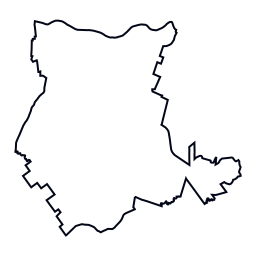 outline of Paulesti, Satu Mare, Romania
{"feature_id": "2599482B77186768988963", "entity_name": "Paulesti", "entity_type": "district", "adm_level": 2, "iso_a3": "ROU", "parent_name": "Romania", "parent_adm1": "Satu Mare", "projection": "orthographic", "projection_center": [22.964, 47.739], "detail": "fine", "context": "isolated", "style": "outline", "palette": "ink", "viewbox_px": 256, "rotation_deg": 0, "n_neighbors": 0, "source": "geoboundaries", "source_scale": "gbopen_adm2", "svg_char_len": 5720}
<svg xmlns="http://www.w3.org/2000/svg" viewBox="0 0 256 256"><path d="M176.2,29.8L175.3,29.4L174.3,28.1L173.6,26.6L172.2,22.6L171.9,22.1L171.4,21.9L170.9,21.9L169.9,22.0L168.7,22.6L168.1,23.0L166.7,24.0L166.0,24.9L164.9,25.9L162.9,27.4L162.1,27.9L159.2,29.2L158.2,29.6L156.7,30.2L155.8,30.3L153.1,29.9L152.3,29.8L150.8,29.3L149.3,28.2L148.7,27.6L148.3,26.9L147.2,25.8L146.4,25.2L145.5,24.8L144.6,24.7L142.8,24.6L142.2,24.4L141.1,24.5L139.0,24.8L133.8,26.2L132.7,26.6L132.0,27.0L131.1,27.6L127.1,31.8L122.8,35.5L120.5,36.3L117.8,37.0L117.3,37.3L114.4,37.7L112.7,37.4L110.8,37.5L109.8,37.4L108.5,37.0L107.4,36.5L105.8,35.9L102.7,33.8L100.5,32.7L99.3,32.3L93.6,30.7L89.4,30.1L85.7,30.1L77.6,29.8L76.3,29.4L75.0,28.9L69.6,25.8L68.5,25.2L67.7,25.0L67.3,24.6L64.4,22.6L62.7,21.6L61.4,21.2L58.5,20.7L57.3,20.6L55.5,20.7L54.6,21.0L52.5,21.9L50.9,22.7L49.3,23.7L48.4,24.2L47.5,24.4L46.3,24.3L44.9,23.9L42.8,23.0L34.9,21.2L34.5,24.9L34.6,25.5L34.8,26.2L35.9,36.4L34.7,36.6L34.8,38.8L32.8,38.9L32.7,40.5L31.8,40.5L31.6,49.6L31.4,53.2L31.3,54.3L31.3,56.1L32.4,56.2L31.3,59.3L33.0,61.8L36.7,60.3L37.0,61.1L37.4,63.8L38.4,72.0L39.2,72.0L40.3,71.5L40.3,75.8L42.8,75.7L43.3,75.9L46.3,78.0L45.7,81.0L44.4,87.7L44.3,89.7L44.4,90.6L44.3,91.0L43.8,92.2L43.6,92.6L41.6,94.2L39.5,96.1L36.8,99.8L35.9,100.8L34.8,102.2L34.3,103.7L34.2,104.4L34.0,104.8L31.8,107.4L31.2,109.3L30.9,110.8L29.1,115.3L28.7,116.6L27.7,118.6L26.7,120.5L25.1,122.5L24.2,124.1L23.3,125.6L19.7,134.3L18.5,136.9L16.9,140.5L16.1,142.7L15.8,149.1L15.4,151.9L15.7,152.0L17.0,151.3L17.3,151.4L17.6,151.7L17.8,152.0L17.4,152.8L17.4,153.3L17.7,153.5L18.2,153.7L18.7,153.7L19.3,153.4L20.1,153.2L20.3,153.3L20.5,154.4L20.7,154.7L21.2,155.2L21.6,155.4L21.9,155.5L22.5,155.1L22.8,155.1L23.5,155.3L23.9,155.2L24.9,155.4L25.1,155.5L25.1,155.8L24.9,156.7L24.8,157.1L24.7,157.4L24.8,158.2L25.1,158.7L25.4,159.0L26.1,159.0L26.5,160.2L26.6,160.6L26.7,160.9L26.9,161.1L27.4,161.1L27.8,160.9L28.3,160.1L28.5,159.9L29.6,160.1L30.6,161.6L25.6,165.3L29.7,171.0L23.0,175.9L31.2,187.3L37.2,182.9L41.2,188.3L47.0,184.1L52.7,191.9L54.6,194.5L46.6,200.2L49.3,204.0L55.0,211.7L58.3,209.4L60.5,212.3L57.5,215.3L56.6,216.3L62.5,224.5L59.7,226.8L64.2,233.1L65.9,235.4L66.6,234.9L75.8,226.0L81.8,224.2L85.3,224.7L87.8,224.8L88.7,224.9L91.4,225.9L93.3,226.8L94.4,227.4L96.2,229.4L97.5,230.7L97.8,230.9L98.9,231.2L100.7,232.3L103.7,230.8L106.3,229.7L107.5,229.0L107.8,228.9L112.4,229.0L112.8,228.8L114.7,227.4L115.7,226.2L120.2,221.5L121.7,219.3L122.0,218.7L123.4,215.2L124.4,214.1L126.1,213.1L134.8,209.3L134.5,208.6L133.3,207.3L134.8,197.8L135.6,197.0L141.5,199.6L146.3,201.0L161.7,206.2L161.7,205.8L161.1,204.7L160.8,203.9L161.0,203.4L161.2,203.2L161.7,203.2L161.8,203.4L161.9,203.8L162.3,204.1L163.0,203.6L164.0,203.5L164.4,203.3L164.9,202.9L165.2,202.4L165.6,202.0L165.9,201.4L166.1,201.3L166.3,201.5L166.5,201.8L166.7,202.0L166.8,203.5L166.9,203.8L167.4,204.3L167.8,204.4L168.2,204.4L168.4,204.1L168.5,203.3L168.7,202.9L169.1,202.9L169.8,203.4L170.3,203.5L170.6,203.3L171.2,202.2L171.5,202.0L171.8,202.0L172.2,202.1L172.8,202.0L173.0,201.6L173.2,201.4L174.0,200.8L174.0,200.4L173.7,200.0L173.6,199.6L173.7,198.6L173.8,198.3L174.1,198.0L174.9,198.5L175.7,198.6L176.1,198.4L176.7,197.5L176.6,196.6L176.8,196.6L177.1,196.9L177.4,197.0L177.8,196.9L178.2,196.4L178.6,196.4L178.9,196.4L179.1,196.6L179.4,196.7L180.3,196.6L180.6,196.5L180.9,195.1L182.4,190.2L186.0,178.5L186.2,178.9L188.4,181.8L192.8,187.8L204.6,204.0L205.0,203.7L204.9,203.6L205.0,203.0L205.2,202.9L205.8,202.9L206.3,203.1L206.7,202.9L206.3,202.6L206.3,202.3L206.5,201.8L207.0,201.5L207.1,201.3L207.0,201.0L206.6,200.5L206.7,200.3L206.8,200.0L207.0,200.2L207.3,199.5L207.2,199.3L207.3,198.9L207.5,198.4L208.2,198.4L208.5,198.6L208.7,198.9L208.7,200.0L208.8,200.3L209.1,200.7L209.3,200.8L209.5,200.5L209.8,199.9L210.1,199.8L210.2,200.3L210.4,200.4L210.6,200.2L210.9,199.7L211.6,199.2L211.8,199.3L211.8,199.5L211.6,200.0L212.0,200.1L212.3,200.4L213.5,199.8L214.2,199.8L214.3,199.1L214.7,198.5L214.7,198.4L212.1,194.8L215.9,195.0L226.4,192.1L226.3,191.9L220.6,184.2L224.2,182.1L226.0,183.3L229.4,184.3L230.1,184.1L231.2,183.5L231.6,182.9L232.2,182.3L232.7,181.2L232.9,180.7L233.1,179.8L234.5,179.4L235.1,179.1L236.4,178.3L237.3,177.4L237.8,176.6L239.4,176.3L240.2,175.9L240.6,175.9L240.6,174.9L240.3,174.1L239.5,173.0L239.2,172.5L239.1,171.6L239.2,171.1L240.1,168.7L240.3,167.9L240.6,167.1L240.5,166.7L239.8,165.6L239.6,165.0L239.5,164.4L239.3,163.0L239.3,161.5L239.2,161.2L238.5,160.3L238.4,160.1L237.4,160.7L235.9,161.3L235.7,161.3L234.9,160.7L232.9,158.1L232.5,157.8L231.8,157.5L221.9,158.6L219.8,160.5L219.2,161.9L219.0,162.2L218.2,163.1L215.6,164.6L216.3,157.0L215.1,158.9L213.8,162.2L213.5,162.6L213.1,162.7L212.3,162.7L211.1,162.5L210.9,162.3L210.7,162.0L210.6,160.6L210.4,160.5L202.3,158.2L202.3,157.7L202.2,157.1L201.9,156.7L201.6,156.2L201.2,155.9L200.8,155.9L199.7,155.9L199.2,156.1L197.0,157.1L196.2,157.5L194.5,159.1L194.5,153.5L194.6,152.6L194.4,142.7L189.2,147.0L189.4,150.3L189.3,151.7L189.3,158.3L189.4,161.5L189.4,165.0L174.9,155.2L173.8,154.1L172.6,152.6L172.0,151.7L171.7,151.0L171.3,149.9L171.0,148.2L170.6,145.4L169.8,139.0L168.8,133.0L168.4,131.4L168.1,130.7L167.1,129.2L166.0,128.0L165.4,127.4L161.5,124.8L161.7,124.6L162.2,122.5L163.4,117.5L163.6,116.7L167.8,99.9L161.5,96.9L161.8,96.1L162.1,95.5L160.6,95.1L152.6,91.5L152.4,91.3L152.3,90.9L152.4,89.8L152.3,89.6L152.2,89.5L152.2,89.3L154.9,89.2L155.0,88.7L160.2,76.9L159.4,76.6L153.4,74.0L157.3,62.2L161.0,63.7L163.3,57.4L159.8,56.0L160.0,55.3L160.8,53.3L163.2,46.1L165.6,46.1L167.1,45.9L167.6,45.7L169.8,44.7L170.7,44.2L171.8,43.1L172.1,42.7L174.0,39.7L174.3,38.2L174.9,36.0L176.6,32.8L175.7,31.9L176.2,29.8Z" fill="none" stroke="#020617" stroke-width="2"/></svg>